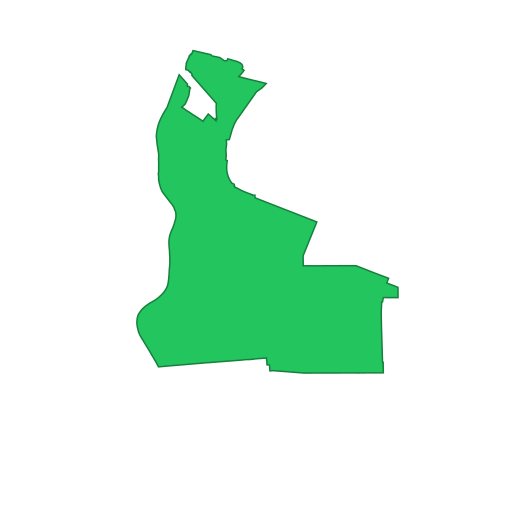 Capelle aan den IJssel, Zuid-Holland, Netherlands (Mercator projection), rotated 126°
{"feature_id": "6326949B80827814559487", "entity_name": "Capelle aan den IJssel", "entity_type": "district", "adm_level": 2, "iso_a3": "NLD", "parent_name": "Netherlands", "parent_adm1": "Zuid-Holland", "projection": "mercator", "projection_center": [4.571, 51.936], "detail": "fine", "context": "isolated", "style": "filled", "palette": "green", "viewbox_px": 512, "rotation_deg": 126, "n_neighbors": 0, "source": "geoboundaries", "source_scale": "gbopen_adm2", "svg_char_len": 5865}
<svg xmlns="http://www.w3.org/2000/svg" viewBox="0 0 512 512"><g transform="rotate(126 256 256)"><path d="M280.8,91.3L275.7,84.3L267.3,90.6L267.7,91.1L240.0,112.5L235.9,115.6L231.8,118.7L227.6,121.8L223.4,124.6L219.2,127.3L218.7,126.7L216.9,127.5L216.4,127.8L215.9,128.0L214.8,128.5L206.2,116.6L197.9,122.7L199.5,128.9L200.4,132.1L200.9,134.4L196.1,135.6L199.2,146.9L201.5,155.6L202.1,158.0L204.6,167.6L204.7,167.9L205.1,169.4L210.0,176.2L223.3,194.4L226.9,199.2L231.3,205.3L231.7,205.9L231.9,206.2L232.1,206.5L232.3,206.8L236.2,212.0L228.1,218.0L192.7,226.8L209.5,291.0L207.4,292.6L208.4,293.9L209.0,294.7L208.6,295.0L210.3,301.0L211.1,304.4L211.5,306.1L211.9,308.8L212.0,310.6L212.6,312.7L212.6,312.9L212.7,313.1L212.9,313.6L211.9,314.4L212.0,314.9L211.9,314.9L211.7,315.0L211.2,315.4L210.9,315.7L210.8,316.4L211.2,318.2L211.3,318.4L210.9,319.3L210.6,320.3L209.8,322.0L209.3,323.0L208.8,323.9L208.5,324.5L207.9,325.4L206.8,326.8L206.2,327.6L205.1,328.8L203.9,329.9L203.3,330.5L202.1,331.4L201.0,332.2L199.8,333.0L198.3,333.9L197.0,334.6L195.7,335.3L196.0,337.0L192.5,338.9L191.5,339.7L189.2,341.6L189.0,341.8L187.4,343.0L182.5,345.7L179.5,348.3L177.5,346.0L171.5,348.2L167.6,349.6L162.3,351.0L157.5,351.7L151.4,351.7L131.3,352.0L123.0,352.1L120.4,351.3L116.0,349.8L115.5,349.8L113.1,349.5L110.5,349.1L110.4,349.1L114.1,358.3L115.4,361.4L116.9,365.0L121.0,375.4L119.7,375.2L118.0,375.0L116.7,374.9L115.4,374.8L114.1,374.8L112.8,374.8L112.8,376.5L112.9,377.3L112.3,377.4L112.0,377.4L111.5,377.6L111.1,377.7L110.8,377.9L110.6,378.1L110.3,378.3L110.0,378.6L109.8,378.9L109.6,379.3L109.4,379.7L109.3,380.2L109.2,380.7L109.1,381.1L109.1,381.5L109.0,381.9L109.1,382.0L109.2,382.8L109.2,383.1L109.4,384.1L109.6,385.2L110.3,387.1L111.1,389.2L111.4,390.1L111.7,391.1L113.1,394.8L115.0,394.3L116.4,395.9L116.7,396.6L116.7,401.9L119.9,409.0L120.0,409.3L119.9,409.9L119.9,410.1L119.8,410.4L119.7,410.6L119.6,410.8L125.2,423.9L125.7,425.1L126.2,426.3L126.8,427.7L130.8,426.7L131.1,427.4L131.3,427.6L133.5,427.3L133.5,427.5L134.8,427.1L139.4,426.1L139.9,426.0L140.0,426.0L140.1,425.9L140.4,425.8L141.0,425.8L141.1,425.5L141.5,425.3L142.3,424.9L142.9,424.6L143.7,424.2L145.0,423.4L145.3,423.2L145.7,423.0L146.0,422.8L146.2,422.6L146.3,422.5L146.4,422.4L146.5,422.2L146.0,421.4L145.9,421.4L145.9,421.2L145.8,420.9L145.8,420.7L145.7,420.3L145.8,419.8L145.8,419.1L146.0,418.0L146.1,417.5L145.7,417.3L146.3,415.7L146.6,414.8L146.7,414.5L146.9,414.1L147.6,414.0L148.0,412.3L148.3,411.1L148.4,410.5L148.6,409.9L148.7,409.3L155.8,377.8L156.9,377.1L158.2,376.3L158.8,375.9L159.9,375.0L160.5,374.6L162.6,373.0L162.8,372.8L164.6,371.4L167.1,369.3L167.9,368.6L168.3,368.1L168.9,367.6L169.1,367.5L169.1,367.4L168.9,369.2L170.1,368.1L169.2,378.1L171.9,378.1L176.9,378.2L178.1,377.9L178.3,382.3L178.4,384.9L178.5,385.9L178.6,387.9L178.7,389.6L178.8,391.5L178.8,393.0L178.9,394.2L178.9,394.6L179.0,396.2L179.1,397.6L179.1,399.0L179.1,399.8L179.1,400.5L179.1,401.0L179.2,402.6L179.3,403.5L178.0,403.2L174.7,402.6L174.1,402.7L172.2,403.1L170.7,403.4L167.8,404.1L167.0,404.3L165.7,404.7L164.4,405.3L164.2,405.4L161.9,406.6L161.7,406.7L161.5,407.0L161.3,407.1L161.0,407.0L159.2,408.0L158.6,407.8L158.2,409.7L159.1,411.3L157.3,412.4L157.2,412.5L157.0,413.4L156.8,414.4L156.7,415.0L156.4,416.1L156.2,416.8L156.2,417.2L156.1,417.5L155.9,418.2L155.8,418.8L155.6,419.8L155.4,420.8L155.1,422.0L154.9,423.1L154.6,424.2L154.5,424.7L188.4,415.2L191.0,415.1L193.5,414.9L196.1,414.6L198.6,414.2L201.2,413.8L203.8,413.2L206.2,412.5L208.6,411.7L211.0,410.7L213.4,409.5L215.7,408.3L217.9,406.9L222.6,402.7L224.4,401.0L226.3,399.1L228.2,397.2L230.0,395.4L231.7,393.9L232.4,393.4L234.2,392.3L235.4,391.4L238.1,389.3L243.0,385.8L244.9,384.4L246.0,383.8L247.2,383.2L248.6,381.8L251.8,379.4L254.4,376.5L257.3,372.8L259.3,369.1L263.0,356.8L263.3,355.6L263.6,354.3L264.1,353.0L264.6,351.8L265.2,350.6L266.0,349.5L266.7,348.4L267.4,347.1L268.5,346.1L269.5,345.1L270.6,344.4L271.7,343.6L272.9,343.0L275.2,342.1L276.5,341.7L277.7,341.2L280.4,340.4L281.7,340.0L282.9,339.7L284.2,339.5L286.7,338.9L288.1,338.5L289.3,338.1L290.5,337.7L291.5,337.2L292.5,336.7L293.7,336.1L294.8,335.4L295.8,334.7L296.9,333.9L297.2,333.6L298.1,333.0L299.3,332.0L299.6,331.8L300.3,331.1L301.1,330.4L302.2,329.5L303.4,328.4L304.2,327.8L305.2,327.1L307.5,325.1L308.9,324.1L311.3,322.3L312.4,321.5L313.3,321.0L314.3,320.4L316.0,319.3L317.3,318.6L318.5,317.8L320.5,316.5L322.5,315.2L325.7,313.3L327.1,312.5L328.4,311.8L330.4,310.8L331.6,310.3L332.6,310.0L333.5,309.8L334.5,309.6L335.7,309.4L336.8,309.4L337.8,309.3L339.5,309.3L342.1,309.5L344.7,310.0L345.9,310.2L347.1,310.5L349.8,311.3L352.4,312.3L353.6,312.9L354.4,313.2L355.0,313.5L355.6,313.8L356.3,314.1L357.1,314.4L357.1,314.5L357.6,314.6L358.4,314.9L359.6,315.3L361.7,316.0L362.3,316.1L364.9,316.7L367.4,317.0L371.7,316.9L371.9,316.9L374.3,316.3L376.6,315.3L378.6,314.1L378.8,314.0L380.6,312.7L382.3,311.1L382.5,311.0L385.1,308.1L385.7,307.3L385.9,307.1L387.2,305.3L388.5,302.9L389.4,301.0L389.8,300.1L390.2,298.9L390.6,297.9L391.1,296.8L392.2,294.2L392.4,293.7L392.9,292.5L393.4,291.3L394.1,289.6L395.8,285.6L396.3,284.5L396.8,283.5L397.1,282.8L397.7,281.3L398.6,279.2L399.1,278.1L400.2,275.6L400.9,273.9L401.5,272.8L402.0,271.8L402.5,270.8L403.0,269.7L394.4,259.9L394.3,259.7L391.6,256.6L381.5,244.9L370.7,232.4L370.1,231.6L364.0,224.5L348.5,206.3L347.7,205.4L346.2,203.8L345.6,203.1L344.4,201.4L343.6,200.4L342.9,199.6L341.6,198.1L340.5,196.9L340.2,196.7L339.9,196.4L332.4,187.6L333.5,186.7L334.2,186.0L335.0,185.2L336.6,183.9L337.2,183.4L337.6,183.1L336.7,182.0L336.6,181.8L336.5,181.7L336.4,181.4L336.5,181.2L336.6,180.9L336.8,180.6L337.8,179.7L340.8,177.2L340.4,176.7L339.7,176.1L339.2,175.4L339.0,175.2L336.8,171.7L332.2,164.2L329.3,159.5L322.7,148.7L317.9,142.1L316.7,140.5L292.2,106.9L291.1,105.3L282.7,94.0L280.8,91.3Z" fill="#22c55e" stroke="#15803d" stroke-width="1.5"/></g></svg>